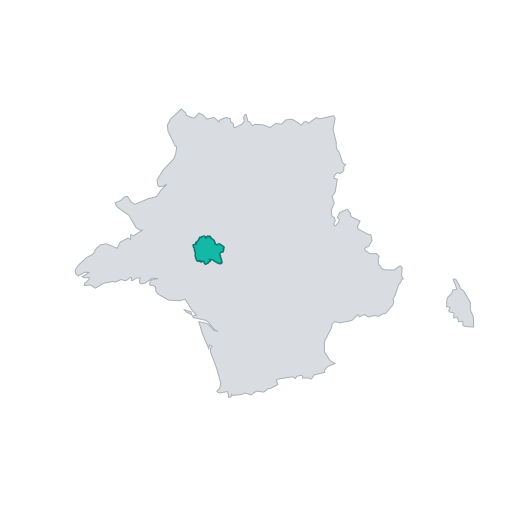 Indre-et-Loire highlighted on a map of France, rotated 332°
{"feature_id": "FRA-5310", "entity_name": "Indre-et-Loire", "entity_type": "Metropolitan department", "adm_level": 1, "iso_a3": "FRA", "parent_name": "France", "parent_adm1": "", "projection": "mercator", "projection_center": [0.644, 47.225], "detail": "fine", "context": "in_parent", "style": "filled", "palette": "teal", "viewbox_px": 512, "rotation_deg": 332, "n_neighbors": 0, "source": "natural_earth", "source_scale": "10m", "svg_char_len": 6109}
<svg xmlns="http://www.w3.org/2000/svg" viewBox="0 0 512 512"><g transform="rotate(332 256 256)"><path d="M378.2,217.0L375.4,218.6L373.6,221.8L371.8,222.5L368.5,222.6L367.0,220.6L363.0,221.8L361.4,223.9L363.8,226.4L356.0,236.6L351.0,239.2L350.0,245.8L344.1,250.8L342.0,255.9L341.8,257.0L343.3,258.7L342.6,262.0L339.7,264.2L339.7,266.4L340.5,266.7L345.0,264.9L346.8,262.9L345.9,260.2L350.4,256.9L358.5,257.7L359.5,262.2L358.4,265.9L364.3,274.0L359.2,277.7L358.9,280.2L364.1,288.2L367.4,291.5L365.6,296.9L360.1,300.3L356.6,300.1L355.1,300.9L355.2,302.6L357.6,307.4L363.6,310.5L364.5,314.2L362.8,315.5L360.1,321.0L361.3,323.7L360.8,324.9L361.4,326.7L363.0,328.5L371.2,333.2L378.7,332.3L379.6,334.9L375.1,342.0L375.3,345.2L373.0,345.3L372.6,346.4L368.0,348.7L360.6,355.8L357.1,357.9L355.8,361.5L353.7,363.5L343.1,367.6L341.1,366.7L335.9,366.8L332.7,364.2L326.5,362.6L324.5,358.8L318.7,358.1L318.4,355.6L310.2,357.9L298.8,354.5L294.8,350.8L291.5,351.8L288.5,355.1L276.2,363.7L271.4,372.6L272.3,383.0L275.1,388.0L267.6,387.2L263.2,388.7L262.0,390.9L251.5,388.3L247.5,390.5L246.5,390.3L245.1,388.2L239.9,385.7L240.7,384.0L240.0,382.5L235.1,381.3L233.4,382.8L231.6,379.8L217.9,375.1L215.7,375.2L214.8,379.8L206.0,379.7L204.7,378.9L199.0,379.8L193.0,375.5L186.3,376.3L182.1,371.8L178.1,371.5L172.5,369.2L169.9,368.0L169.6,366.7L167.9,368.7L165.8,368.3L165.3,367.6L166.7,365.1L167.0,362.2L159.9,360.1L158.0,358.0L158.0,356.8L161.8,355.8L165.2,351.8L168.5,337.0L170.8,319.4L172.6,316.0L174.8,315.1L173.0,312.6L170.8,315.8L172.2,299.5L174.7,287.1L180.6,292.2L182.0,294.4L183.8,301.7L187.1,304.8L185.0,301.9L182.8,292.1L181.5,289.3L172.0,281.1L171.7,279.2L175.8,280.2L174.1,274.0L173.2,260.9L167.4,259.6L158.2,254.0L151.8,244.0L151.1,240.2L152.7,236.2L151.3,233.6L148.6,231.9L150.6,228.4L152.5,228.1L159.2,230.0L153.8,226.8L144.9,227.9L141.4,226.7L140.8,224.3L143.2,221.2L140.2,219.3L135.2,219.7L134.5,218.9L136.0,216.7L134.8,215.9L130.6,216.7L128.3,216.0L126.1,213.5L119.4,212.9L117.9,211.4L108.7,208.5L99.1,209.0L96.4,203.9L90.5,201.4L91.7,199.8L97.5,198.3L98.7,196.9L94.4,194.8L92.9,192.7L100.7,192.2L97.2,189.9L89.6,190.1L88.5,187.0L89.5,183.8L94.0,181.0L105.0,177.9L113.1,177.8L118.8,174.2L124.4,173.2L129.7,175.0L137.0,184.0L142.7,180.0L151.3,180.1L153.1,182.4L155.4,178.3L157.3,180.6L167.8,179.9L165.3,178.3L163.4,174.4L162.9,160.3L157.5,149.9L156.2,146.2L156.5,143.0L162.8,143.5L168.0,142.1L170.5,143.1L171.1,149.8L173.3,153.6L187.8,154.8L196.2,156.9L203.2,153.1L209.7,151.4L210.3,150.6L206.5,150.9L203.0,149.3L202.5,147.5L204.4,142.3L214.4,136.5L229.1,131.5L232.9,128.3L237.3,122.3L236.3,120.7L236.9,104.4L239.1,99.0L244.7,95.0L259.1,91.1L260.9,96.4L260.7,99.3L264.5,103.9L266.4,105.4L272.7,102.9L275.7,107.2L276.6,112.0L284.1,114.0L286.3,120.3L287.7,118.9L292.4,119.2L294.6,119.7L297.7,122.5L296.7,126.2L298.1,128.1L296.8,131.5L297.7,132.9L306.3,132.9L308.9,131.4L310.1,127.9L312.7,125.9L313.7,126.5L312.1,133.0L313.3,134.6L313.9,139.2L317.1,139.5L323.5,143.2L328.8,149.2L335.5,148.2L340.6,151.6L346.0,149.8L351.1,151.6L352.9,153.4L357.6,161.8L361.2,160.1L363.8,161.1L364.6,163.5L374.3,162.1L376.1,164.4L378.1,165.3L390.3,168.5L390.5,171.6L383.4,180.4L380.3,193.0L378.2,197.3L377.4,200.6L378.0,202.7L377.7,206.1L376.2,214.2L377.0,216.5L378.2,217.0ZM421.8,376.1L421.2,380.8L422.9,384.2L423.5,397.6L420.0,404.0L419.3,411.7L414.9,420.9L408.1,416.8L406.1,414.6L407.9,411.0L404.0,409.1L404.9,405.7L404.5,404.0L401.7,403.8L401.6,402.9L403.6,400.3L403.6,398.6L400.9,396.6L400.4,394.7L403.0,392.7L401.8,390.8L400.4,390.4L403.9,384.3L406.2,382.4L411.6,380.7L413.8,378.4L417.3,379.7L417.9,379.1L419.1,369.4L420.3,369.2L421.4,370.5L421.8,376.1ZM172.4,274.7L171.6,277.6L168.0,272.5L167.5,269.8L172.4,274.7Z" fill="#d9dde1" stroke="#a8b0b8" stroke-width="1"/><path d="M231.0,231.1L231.4,231.6L231.7,232.2L231.9,233.0L231.7,233.7L231.5,233.8L231.0,233.9L230.8,233.9L230.7,234.7L230.6,235.0L230.4,234.9L230.3,235.0L229.7,236.0L228.9,236.9L228.6,236.9L227.5,236.3L227.0,236.3L225.7,236.6L225.1,237.0L224.7,237.6L224.7,237.9L224.7,238.8L224.7,239.2L224.3,239.5L224.2,239.7L224.2,240.4L223.5,244.2L222.9,245.8L222.0,246.3L221.4,245.5L220.6,246.0L220.4,245.8L219.4,245.0L216.7,240.9L216.2,239.4L215.9,238.9L215.7,238.6L215.4,238.5L215.0,238.3L213.7,237.4L213.4,237.3L213.3,237.5L213.3,237.9L213.4,238.0L213.5,238.2L213.5,238.3L213.6,238.5L213.6,238.8L213.4,239.0L213.2,239.1L211.3,239.2L210.9,239.3L210.7,239.4L210.5,239.5L210.4,239.7L210.1,239.8L209.1,239.6L208.1,239.7L207.6,239.6L207.4,239.4L207.2,239.1L207.1,238.9L207.1,238.6L207.1,238.1L207.1,237.5L207.3,236.8L207.3,236.4L207.2,236.2L206.5,235.9L206.3,235.8L206.2,235.4L205.8,235.3L205.3,235.5L205.0,235.6L204.7,235.6L204.5,235.4L204.4,235.2L204.5,235.0L204.5,234.7L204.6,234.2L204.3,233.9L203.7,234.1L203.4,234.1L203.3,233.9L203.2,233.7L203.3,233.5L203.3,233.3L203.2,233.1L202.6,233.3L202.3,233.4L202.1,233.3L202.0,233.1L201.9,232.8L201.8,232.6L201.5,232.2L201.9,229.5L202.3,227.6L202.4,227.2L202.6,226.9L202.8,226.4L203.5,225.6L204.1,224.5L204.2,224.2L204.0,223.5L204.1,223.2L204.3,222.3L204.4,221.8L205.2,220.2L205.2,219.9L205.2,219.6L205.0,219.0L205.0,218.5L205.1,218.1L205.6,216.7L206.7,216.9L207.3,217.0L208.7,217.4L209.0,217.4L209.0,217.0L209.0,216.6L208.9,216.4L208.9,216.2L209.0,215.9L209.3,215.7L209.5,215.7L210.1,216.0L210.4,216.1L210.5,216.0L210.6,215.8L210.8,215.6L211.2,215.4L212.1,215.2L213.3,214.5L213.6,214.4L214.0,214.4L214.3,214.1L214.3,213.9L214.3,213.7L214.2,213.7L214.5,213.4L214.8,213.2L215.1,213.1L215.4,213.1L216.5,213.8L217.1,213.5L217.3,213.5L219.6,214.1L219.9,214.3L220.1,214.6L220.2,215.1L220.0,215.9L220.0,216.3L220.2,216.6L220.4,216.8L220.7,216.8L220.9,216.6L221.4,216.0L221.8,215.8L222.5,215.7L222.8,215.8L223.0,215.9L223.1,216.0L223.2,216.7L223.3,216.9L223.5,217.0L223.6,216.9L223.9,216.7L224.1,216.6L224.3,216.7L224.9,217.6L225.0,217.9L225.0,218.2L224.9,218.5L224.7,218.8L224.6,219.1L224.6,219.4L224.7,219.6L225.1,219.9L225.8,221.2L226.2,222.2L226.3,223.4L226.2,224.7L225.7,226.2L225.8,226.7L226.1,227.0L226.9,227.7L227.2,227.8L228.0,227.7L229.0,227.9L229.8,228.6L231.0,231.1Z" fill="#14b8a6" stroke="#0f766e" stroke-width="1.5"/></g></svg>